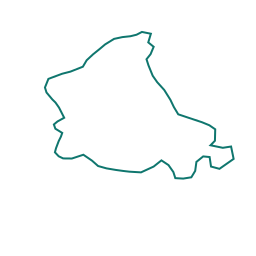 Prastio Ammochostou, Cyprus (Robinson projection), rotated 325°
{"feature_id": "46923920B46952699508518", "entity_name": "Prastio Ammochostou", "entity_type": "district", "adm_level": 2, "iso_a3": "CYP", "parent_name": "Cyprus", "parent_adm1": "", "projection": "robinson", "projection_center": [33.764, 35.159], "detail": "fine", "context": "isolated", "style": "outline", "palette": "teal", "viewbox_px": 256, "rotation_deg": 325, "n_neighbors": 0, "source": "geoboundaries", "source_scale": "gbopen_adm2", "svg_char_len": 997}
<svg xmlns="http://www.w3.org/2000/svg" viewBox="0 0 256 256"><g transform="rotate(325 128 128)"><path d="M64.5,120.8L76.1,124.3L79.8,134.1L81.7,142.0L87.2,148.7L94.0,155.4L99.4,160.4L104.0,164.5L113.2,171.8L126.9,174.3L136.8,173.7L139.9,181.6L139.9,190.1L138.0,196.2L144.2,201.1L151.6,204.7L158.4,201.7L164.6,195.0L173.3,194.4L178.2,198.6L173.9,207.2L179.5,213.9L188.1,213.9L196.8,213.9L201.8,202.3L194.3,198.6L185.7,189.5L191.9,188.3L198.7,179.1L196.2,172.4L191.9,165.7L183.8,154.8L177.0,145.6L177.6,137.1L178.9,129.2L179.5,117.6L178.2,107.3L178.2,99.4L180.7,88.4L182.6,82.3L188.8,80.5L195.6,76.2L193.7,69.5L200.8,63.9L194.5,57.3L188.5,56.5L182.6,54.2L175.5,50.3L167.7,47.0L157.2,46.4L150.4,47.0L141.7,47.6L133.0,48.8L126.2,51.9L113.2,48.8L105.2,45.8L91.0,42.1L83.2,47.2L81.6,52.2L82.4,61.2L83.2,65.5L83.2,71.7L81.6,83.0L74.0,82.2L69.3,82.6L68.1,86.9L71.3,94.3L68.1,96.6L63.7,99.0L57.4,103.3L54.2,106.0L55.0,111.4L57.4,115.7L64.5,120.8Z" fill="none" stroke="#0f766e" stroke-width="2"/></g></svg>